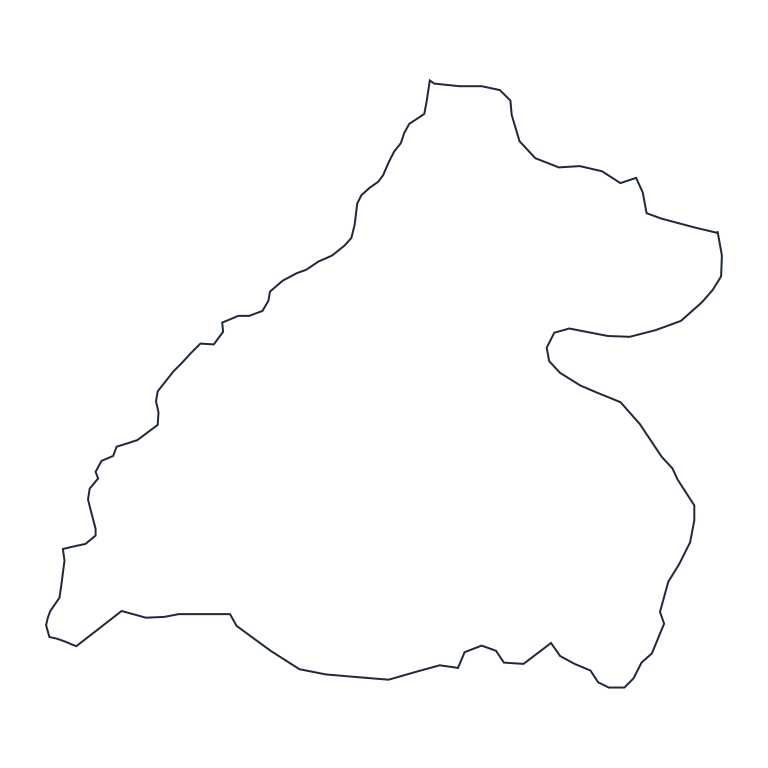 the district of Pasir Mas, Kelantan, Malaysia
{"feature_id": "92858781B75737561234517", "entity_name": "Pasir Mas", "entity_type": "district", "adm_level": 2, "iso_a3": "MYS", "parent_name": "Malaysia", "parent_adm1": "Kelantan", "projection": "orthographic", "projection_center": [102.076, 6.021], "detail": "fine", "context": "isolated", "style": "outline", "palette": "slate", "viewbox_px": 768, "rotation_deg": 0, "n_neighbors": 0, "source": "geoboundaries", "source_scale": "gbopen_adm2", "svg_char_len": 1804}
<svg xmlns="http://www.w3.org/2000/svg" viewBox="0 0 768 768"><path d="M429.8,80.5L426.8,100.4L424.3,113.9L414.2,120.6L409.2,123.9L404.2,133.1L400.8,143.2L394.1,151.6L388.2,163.3L383.2,175.1L378.2,181.8L369.8,187.6L361.4,195.2L357.2,203.6L354.7,224.5L351.4,237.9L344.6,245.5L332.1,255.5L318.7,261.4L306.1,269.8L296.9,273.1L282.6,280.7L270.0,291.6L268.4,300.8L262.5,310.9L249.1,315.9L238.2,315.9L222.2,322.6L223.1,331.8L213.8,344.4L200.4,343.6L190.4,353.6L182.0,362.8L173.6,371.2L157.7,391.3L156.0,401.4L158.5,412.3L157.7,424.9L147.6,432.4L137.5,440.0L127.5,443.3L116.6,446.7L113.2,455.9L101.5,460.9L95.6,471.8L98.1,478.5L89.7,488.6L88.0,499.5L91.4,512.9L95.6,528.8L95.6,535.5L85.5,543.9L73.8,546.4L62.9,549.0L64.5,560.7L61.2,585.9L59.5,597.6L50.3,611.0L47.8,617.7L46.1,625.3L49.4,637.0L57.0,638.7L66.2,642.0L70.3,643.8L76.3,646.2L121.6,611.0L145.9,617.7L164.3,616.9L178.9,614.1L230.0,614.1L236.6,625.9L270.6,650.8L299.4,669.2L325.7,674.4L355.8,677.0L388.6,679.7L416.1,671.8L439.7,665.3L458.0,667.9L464.6,652.2L481.6,645.6L496.0,650.8L503.9,662.6L523.5,663.9L551.0,643.0L560.2,656.1L574.6,663.9L590.4,670.5L598.2,682.3L608.7,687.5L624.4,687.5L631.6,680.3L633.6,678.3L641.5,662.6L651.9,653.4L664.1,623.7L660.0,611.9L668.3,581.7L679.2,564.1L690.1,542.3L694.3,520.5L694.3,505.4L677.5,479.4L672.5,468.5L661.6,456.7L639.8,424.0L620.5,402.2L597.9,393.0L580.3,385.5L560.1,372.9L549.2,361.2L546.7,347.7L554.3,332.7L569.3,328.5L607.9,336.0L629.7,336.8L655.7,330.1L680.9,320.9L701.8,302.4L712.7,289.9L721.1,276.4L721.9,255.5L717.5,231.2L717.4,232.9L695.1,227.6L661.0,218.5L646.6,213.2L642.7,192.3L636.1,177.9L620.4,183.1L602.1,171.3L579.8,166.1L558.8,167.4L535.3,158.2L519.5,141.2L511.7,115.0L510.4,100.6L499.9,90.1L481.6,86.2L459.3,86.2L434.4,83.6L429.8,80.5Z" fill="none" stroke="#1e293b" stroke-width="2"/></svg>